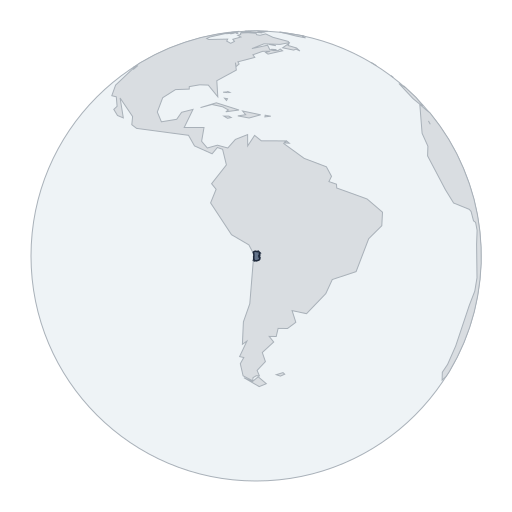 the Earth from above Tarapacá
{"feature_id": "CHL-2693", "entity_name": "Tarapacá", "entity_type": "Region", "adm_level": 1, "iso_a3": "CHL", "parent_name": "Chile", "parent_adm1": "", "projection": "orthographic", "projection_center": [-69.568, -20.2], "detail": "fine", "context": "on_globe", "style": "filled", "palette": "slate", "viewbox_px": 512, "rotation_deg": 0, "n_neighbors": 0, "source": "natural_earth", "source_scale": "10m", "svg_char_len": 5460}
<svg xmlns="http://www.w3.org/2000/svg" viewBox="0 0 512 512"><circle cx="256" cy="256" r="225" fill="#eef3f6" stroke="#a8b0b8"/><path d="M217.1,34.1L218.4,33.9L226.4,32.7L226.5,32.7L229.2,32.3L229.3,32.4L232.9,31.9L237.2,31.5L239.4,31.3L238.1,31.6L231.0,32.3L210.3,36.9L206.7,38.5L208.7,39.5L227.7,39.1L226.7,41.1L230.7,43.3L234.5,41.4L232.8,39.3L240.9,37.0L237.8,35.3L240.7,34.5L240.5,33.0L248.2,32.7L256.0,33.3L256.6,34.7L260.0,35.3L265.7,33.9L272.9,37.3L288.2,41.4L289.2,42.7L279.9,44.4L264.0,43.8L251.9,48.6L267.6,45.2L269.8,49.7L273.5,50.6L278.0,50.6L280.2,49.0L282.6,50.8L268.0,54.1L265.6,52.5L270.2,51.2L262.7,51.3L252.9,54.8L254.8,57.4L237.9,61.8L239.1,64.0L236.1,66.6L235.4,62.6L236.3,70.1L216.8,80.7L217.8,96.8L208.3,85.1L199.7,84.8L189.3,86.6L189.2,89.1L175.5,89.6L162.7,97.7L157.3,112.0L161.4,121.8L176.7,119.3L181.6,112.3L193.0,109.4L184.2,127.5L204.0,127.5L201.6,141.3L207.3,148.0L217.4,145.2L227.8,148.0L235.4,139.4L247.6,134.6L247.7,145.9L254.6,135.4L261.3,140.8L285.6,140.9L283.7,143.5L304.2,158.4L326.4,166.8L331.5,176.3L328.9,181.6L336.5,184.2L336.7,188.0L367.1,199.0L382.5,212.2L381.8,225.7L368.7,238.7L356.1,271.6L332.3,279.5L325.8,293.6L306.5,313.7L292.1,310.6L295.8,322.3L287.5,328.5L278.1,328.4L276.2,336.5L269.2,336.4L273.7,342.0L262.3,352.5L265.4,361.6L257.1,370.4L259.4,375.9L256.3,375.7L253.0,377.7L252.7,380.8L243.1,375.8L240.3,363.7L243.8,357.5L239.6,356.6L246.9,341.1L242.4,344.3L243.4,321.9L249.8,303.7L253.8,254.3L248.9,244.9L231.5,234.7L210.6,202.9L216.1,189.3L211.6,183.7L226.4,164.9L222.6,149.3L217.4,147.5L212.1,153.8L194.5,145.9L188.5,135.3L136.6,128.4L131.8,124.7L132.6,116.5L120.1,98.0L123.3,117.9L117.5,115.5L113.8,109.4L117.1,106.3L116.3,96.8L111.8,95.7L115.6,85.1L132.8,68.8L133.5,69.3L137.5,65.9L136.9,65.4L135.5,66.0L140.1,62.8L154.6,54.8L169.6,47.9L185.1,42.2L201.0,37.5L217.1,34.1ZM216.3,102.8L239.0,110.0L225.8,111.8L228.4,110.0L222.7,106.8L212.0,104.5L200.5,107.6L216.3,102.8ZM227.1,92.6L223.1,92.2L227.0,91.9L227.1,92.6ZM134.1,66.7L136.4,65.7L135.3,67.3L132.9,68.3L134.1,66.7ZM134.6,66.2L134.5,66.3L134.6,66.2ZM236.2,33.4L238.3,33.2L237.2,33.6L236.2,33.4ZM234.1,33.2L231.4,33.7L230.0,33.7L231.7,33.4L234.1,33.2ZM237.8,32.6L227.9,33.6L225.6,33.7L230.0,32.6L237.8,32.6ZM259.2,386.6L243.9,377.7L252.4,381.6L258.2,376.8L266.3,383.7L259.2,386.6ZM276.3,374.7L283.0,372.6L284.7,374.2L280.4,376.1L276.3,374.7ZM416.1,97.5L422.8,105.8L420.2,104.5L413.1,98.7L398.9,83.5L406.4,88.3L403.6,85.8L416.1,97.5ZM393.5,77.5L390.8,75.5L391.1,75.7L393.5,77.5ZM449.4,371.5L446.1,376.5L442.1,380.1L442.3,372.3L447.6,364.4L455.7,346.0L469.3,305.3L474.8,291.1L477.0,277.8L476.6,244.4L477.1,230.3L475.6,222.4L473.5,220.8L471.1,211.5L469.3,209.4L453.6,203.0L445.4,189.7L427.6,155.9L427.9,146.2L422.1,133.3L419.8,104.4L426.0,109.8L430.0,112.9L439.9,125.9L448.8,139.4L456.7,153.6L463.5,168.4L469.3,183.6L474.0,199.1L477.5,215.0L479.9,231.1L481.1,247.3L481.2,263.5L480.0,279.7L477.7,295.8L474.3,311.7L469.7,327.3L464.0,342.5L457.2,357.3L449.4,371.5ZM428.4,120.9L430.3,124.3L428.4,120.9ZM286.4,140.8L289.3,143.2L285.4,143.0L286.4,140.8ZM223.9,116.1L228.7,116.1L231.2,117.5L227.5,118.3L223.9,116.1ZM265.2,115.2L270.8,116.2L264.9,116.9L265.2,115.2ZM242.6,111.0L260.7,114.8L249.1,118.0L237.8,115.9L245.7,114.7L242.6,111.0ZM224.5,98.2L227.5,98.7L226.5,100.5L224.5,98.2ZM229.9,92.4L228.7,92.6L227.3,91.3L229.9,92.4ZM270.7,49.5L271.9,49.3L276.4,49.6L274.3,50.3L270.7,49.5ZM296.6,48.0L299.9,51.0L296.0,49.1L293.7,50.1L282.6,47.8L289.1,43.3L288.1,45.5L296.6,48.0ZM269.6,44.3L275.9,45.7L268.8,44.4L269.6,44.3ZM376.5,65.7L376.1,65.5L371.2,62.4L376.5,65.7ZM247.5,31.1L244.7,31.2L246.8,31.0L247.5,31.1ZM257.5,30.7L259.6,30.8L257.1,30.8L267.9,31.3L265.4,31.7L258.5,31.2L264.6,32.3L257.4,32.0L262.3,32.9L247.2,31.8L240.9,32.1L248.8,31.5L251.3,31.0L250.5,30.9L245.4,31.0L257.5,30.7ZM304.3,36.0L302.4,35.6L302.5,36.3L305.6,37.9L295.9,36.0L286.8,33.7L279.5,32.1L280.3,32.0L304.3,36.0Z" fill="#d9dde1" stroke="#a8b0b8" stroke-width="1"/><path d="M258.1,251.1L258.3,251.2L258.3,251.3L258.4,251.5L258.5,251.6L258.8,251.7L259.1,252.0L259.4,252.4L259.5,252.4L259.6,252.5L260.0,252.8L260.2,253.0L259.9,253.1L259.8,253.3L259.7,253.5L259.5,253.8L259.4,253.9L259.2,254.0L259.4,254.4L259.5,254.5L259.8,254.7L259.8,254.8L259.8,255.0L259.7,255.2L259.7,255.4L259.4,255.4L258.9,255.6L259.0,255.8L259.1,256.0L259.1,256.3L259.3,256.5L259.1,256.6L258.9,256.8L259.0,256.9L259.0,257.0L259.2,257.3L259.6,257.4L259.8,257.6L260.0,257.7L260.0,257.8L259.7,258.0L259.7,258.7L259.7,258.8L259.8,258.9L259.7,259.3L259.4,259.6L259.2,259.6L259.0,260.0L258.9,260.1L257.6,260.5L256.8,260.8L256.4,260.9L256.2,260.9L255.9,260.8L255.9,260.7L255.4,260.7L255.2,260.7L254.8,260.8L254.7,260.9L254.2,260.9L254.1,260.7L254.1,260.4L254.1,260.2L254.1,259.9L254.0,259.7L253.9,259.7L254.0,259.6L253.9,259.5L253.9,259.4L253.8,259.2L253.9,258.9L253.9,258.7L253.7,258.5L253.7,258.4L253.7,258.2L253.7,257.9L253.7,257.3L253.7,257.2L253.8,257.2L253.8,256.9L253.7,256.7L253.8,256.6L253.9,256.4L253.8,256.1L253.9,255.9L253.9,255.7L253.9,255.4L253.9,255.2L253.9,254.9L253.9,254.7L253.8,254.4L253.8,254.2L253.8,253.9L253.7,253.8L253.6,253.7L253.7,253.4L253.6,253.2L253.6,252.9L253.4,252.6L253.3,252.4L253.3,252.2L253.6,251.9L253.8,251.8L254.0,251.7L254.3,251.5L254.5,251.4L254.8,251.4L255.2,251.2L255.5,251.2L255.8,251.3L256.0,251.4L256.4,251.4L256.6,251.5L256.8,251.5L257.0,251.6L257.4,251.7L257.6,251.6L257.8,251.5L257.9,251.4L258.0,251.2L258.1,251.1Z" fill="#64748b" stroke="#1e293b" stroke-width="1.5"/></svg>